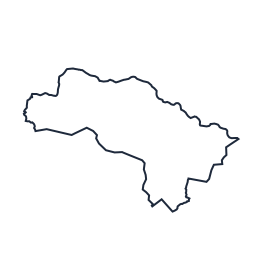 Bla, Ségou, Mali, rotated 38°
{"feature_id": "8926073B53903332689390", "entity_name": "Bla", "entity_type": "district", "adm_level": 2, "iso_a3": "MLI", "parent_name": "Mali", "parent_adm1": "Ségou", "projection": "mercator", "projection_center": [-5.818, 12.918], "detail": "fine", "context": "isolated", "style": "outline", "palette": "slate", "viewbox_px": 256, "rotation_deg": 38, "n_neighbors": 0, "source": "geoboundaries", "source_scale": "gbopen_adm2", "svg_char_len": 3880}
<svg xmlns="http://www.w3.org/2000/svg" viewBox="0 0 256 256"><g transform="rotate(38 128 128)"><path d="M57.0,187.4L64.6,179.0L87.9,168.2L89.4,165.0L95.3,153.2L102.4,151.8L107.9,152.7L109.3,155.8L114.7,158.1L124.3,159.1L132.5,155.5L138.2,150.6L139.5,150.3L146.6,148.3L159.0,144.7L162.8,145.5L166.0,150.9L170.8,154.1L173.8,157.2L175.2,163.4L177.5,167.4L181.9,167.4L186.1,168.1L188.5,172.0L194.5,172.7L194.5,174.5L195.4,174.8L198.4,163.5L213.8,166.3L214.6,166.4L214.8,166.0L215.7,164.3L216.5,162.2L216.4,160.8L215.7,159.9L215.4,159.1L216.1,156.0L216.7,155.0L217.5,154.5L218.3,152.4L219.0,151.7L219.9,150.2L219.7,149.4L220.4,148.7L220.9,148.1L220.0,146.8L219.8,145.7L219.3,145.8L218.5,146.1L217.6,146.1L217.1,146.5L216.8,146.6L216.6,146.7L215.8,146.4L215.2,144.5L213.5,143.5L213.3,142.7L211.8,140.6L210.7,140.4L210.4,139.0L209.9,138.3L209.0,135.8L208.3,133.9L207.2,132.1L207.0,131.4L207.3,131.0L206.9,130.5L223.0,122.1L223.3,118.2L219.7,109.9L218.3,104.1L224.5,98.4L221.8,95.6L221.6,92.1L222.2,88.7L217.2,82.8L218.8,77.8L221.8,68.7L221.3,68.7L220.3,68.6L219.5,69.2L219.2,69.4L215.8,72.3L214.6,72.7L213.6,73.0L211.8,72.6L210.6,72.1L209.2,70.9L208.4,69.6L207.6,68.9L206.7,68.8L206.4,68.8L205.6,68.7L204.7,69.2L204.0,69.6L203.6,69.8L203.4,69.9L202.4,70.2L201.9,70.4L201.5,70.6L199.7,70.9L199.3,70.6L198.6,70.4L197.2,70.0L196.9,70.0L196.7,70.0L195.1,70.6L194.9,70.6L194.0,71.1L193.7,71.2L193.3,71.4L192.9,71.8L192.1,72.6L191.1,73.6L190.6,74.0L190.8,74.6L190.9,74.9L190.6,76.5L188.9,78.4L185.2,80.5L184.2,81.1L183.9,81.3L183.2,81.5L182.2,80.8L181.5,79.5L180.8,78.6L178.7,77.5L178.2,77.5L178.0,77.4L177.0,77.4L175.2,77.2L174.9,77.2L173.7,77.9L173.4,77.9L173.2,78.3L173.0,78.6L172.3,79.8L171.2,81.6L170.5,81.6L169.2,81.7L168.0,81.6L167.4,81.5L165.4,80.9L163.9,80.3L162.3,80.3L161.8,80.2L161.0,80.3L158.6,80.8L156.5,79.0L156.0,78.4L155.8,78.3L155.5,78.1L155.1,77.9L154.9,77.8L153.0,77.5L152.8,77.5L152.5,77.5L151.8,77.9L151.6,78.0L151.3,78.3L151.0,78.5L150.4,79.3L150.1,81.1L149.5,81.8L148.7,82.2L147.4,82.7L146.9,82.7L145.2,82.7L142.9,83.3L142.4,83.9L141.6,84.9L139.7,85.7L139.1,85.5L138.7,85.3L138.3,84.8L137.6,84.7L137.0,84.9L136.1,85.2L134.4,85.8L132.3,85.6L130.6,84.7L129.4,83.6L127.7,81.1L126.2,80.8L124.1,80.5L121.3,80.6L120.0,79.9L115.9,79.7L114.3,80.3L114.1,80.4L111.2,81.8L108.9,82.5L106.2,83.3L105.1,83.6L104.7,83.7L102.4,83.4L101.0,84.0L100.8,84.2L99.8,85.1L99.1,86.2L98.2,89.0L96.9,90.5L95.9,91.7L95.1,92.5L93.9,94.3L93.7,94.6L92.7,96.2L92.1,97.2L90.4,99.5L89.5,99.7L89.4,99.7L88.7,99.9L88.2,100.0L87.1,100.0L84.9,100.8L84.6,100.9L84.2,101.0L83.4,102.7L83.3,103.4L80.2,106.4L78.5,107.3L77.3,107.9L76.6,108.4L76.1,108.0L75.6,108.0L75.2,107.9L73.2,107.0L72.3,107.1L71.5,107.2L70.0,107.5L69.0,108.1L66.8,109.3L66.3,109.5L65.7,109.7L65.1,109.9L64.1,110.0L63.7,110.0L61.0,110.4L56.5,110.5L56.0,110.7L55.3,111.3L54.0,111.8L53.5,112.2L53.3,112.4L52.6,112.6L51.9,113.0L49.5,114.3L49.0,114.5L48.5,114.7L48.3,115.0L48.0,115.2L47.8,115.2L43.7,119.1L43.6,120.3L43.7,121.7L43.8,123.2L43.7,125.0L43.6,126.1L42.8,128.2L42.3,129.4L42.3,129.6L42.3,129.8L42.4,130.3L42.5,130.4L45.1,134.4L45.1,134.7L46.5,135.5L46.8,135.8L47.7,137.3L47.9,138.0L49.0,140.6L49.6,141.5L50.9,143.4L51.5,144.8L51.7,145.5L51.6,146.7L50.9,147.6L50.4,147.8L49.9,148.0L49.6,148.3L47.3,149.2L47.0,149.4L45.9,150.2L45.8,150.3L45.6,150.5L45.1,150.5L42.8,150.8L41.2,151.5L39.5,155.0L38.7,156.2L37.7,156.6L36.7,156.9L35.0,157.5L31.5,160.2L31.5,160.4L31.7,160.7L31.9,161.4L32.3,162.3L32.7,162.1L32.9,162.1L33.5,162.8L33.0,163.4L32.4,164.0L32.8,165.4L31.8,168.2L32.4,169.2L34.5,172.7L35.8,174.3L35.6,177.1L35.7,178.0L35.9,178.8L36.8,178.8L37.4,178.5L37.8,178.6L37.7,179.5L37.4,180.1L37.1,180.8L37.5,181.1L38.1,181.5L39.8,181.5L40.7,181.8L42.1,183.2L43.1,185.4L44.9,184.5L46.0,183.5L48.3,183.5L49.1,182.5L51.2,182.7L52.7,183.4L53.6,184.2L54.0,185.8L55.7,186.4L57.0,187.4Z" fill="none" stroke="#1e293b" stroke-width="2"/></g></svg>